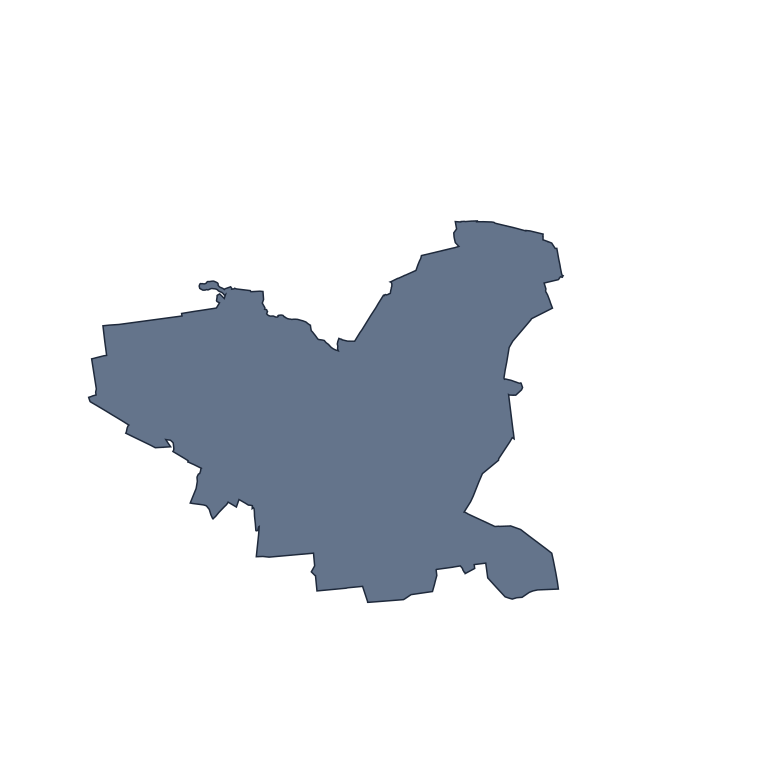 outline of Kalupes pag., Daugavpils, Latvia, rotated 126°
{"feature_id": "27541924B69291798191186", "entity_name": "Kalupes pag.", "entity_type": "district", "adm_level": 2, "iso_a3": "LVA", "parent_name": "Latvia", "parent_adm1": "Daugavpils", "projection": "albers", "projection_center": [26.542, 56.088], "detail": "fine", "context": "isolated", "style": "filled", "palette": "slate", "viewbox_px": 768, "rotation_deg": 126, "n_neighbors": 0, "source": "geoboundaries", "source_scale": "gbopen_adm2", "svg_char_len": 6039}
<svg xmlns="http://www.w3.org/2000/svg" viewBox="0 0 768 768"><g transform="rotate(126 384 384)"><path d="M568.4,615.1L570.5,612.2L570.9,611.5L571.0,611.1L570.7,608.0L569.9,599.6L568.7,585.4L567.9,576.3L567.2,566.3L567.9,566.5L570.4,566.0L574.4,564.2L575.6,564.0L570.7,536.7L570.0,531.6L565.0,525.5L565.0,525.4L564.8,525.3L560.2,519.7L558.6,524.3L557.2,527.9L555.0,523.7L555.4,520.5L555.6,519.9L559.9,515.9L560.0,516.0L561.1,515.3L562.7,515.1L561.5,501.9L561.2,497.4L562.1,497.0L562.4,496.7L562.2,496.5L561.5,492.9L561.0,490.7L559.9,484.2L559.5,482.3L559.5,482.2L560.2,482.3L562.4,481.2L564.8,480.5L566.0,481.2L568.7,480.7L569.6,480.3L572.5,477.8L578.9,474.6L587.4,472.5L594.2,470.8L593.1,468.5L589.6,462.1L588.0,459.1L587.1,456.7L587.1,456.1L587.0,455.9L588.2,451.6L591.6,447.1L593.7,443.4L593.6,443.0L591.9,442.8L590.2,442.4L585.0,442.1L577.1,441.0L574.3,440.5L572.6,440.5L571.2,440.7L570.3,431.1L562.7,433.4L561.9,426.0L561.7,422.6L560.6,420.8L559.8,419.0L562.3,417.4L560.8,416.9L561.4,415.7L563.4,413.9L567.0,411.1L572.5,406.1L577.8,401.6L577.9,401.2L577.6,400.8L576.7,400.0L573.3,401.4L573.0,401.4L572.6,401.2L580.1,396.6L598.8,385.8L594.7,380.6L591.6,375.2L562.3,341.6L571.9,333.2L578.7,332.4L579.5,327.2L579.3,326.8L590.8,316.6L571.8,295.0L571.2,294.4L570.3,293.7L560.5,282.6L560.3,282.4L569.8,269.2L570.2,268.9L569.4,267.8L562.7,259.9L547.0,241.5L545.4,240.8L538.5,238.3L523.4,222.8L516.6,225.3L513.7,226.5L507.9,228.7L503.7,232.6L503.2,232.6L492.0,220.9L490.3,219.3L486.3,215.3L487.1,212.2L487.4,211.7L488.0,211.1L488.6,209.6L489.1,208.7L488.9,208.0L489.7,206.9L479.9,202.2L477.1,204.9L469.1,196.4L479.9,186.1L482.5,173.6L485.0,160.9L483.6,156.5L482.6,153.8L478.9,151.0L475.4,146.9L467.2,144.0L463.9,141.9L460.3,138.7L447.4,122.4L442.0,127.6L436.0,133.8L427.1,143.4L422.3,148.8L422.1,154.5L421.8,171.5L421.7,177.8L421.5,184.8L421.4,187.9L424.4,198.2L425.3,199.2L431.4,207.0L431.6,207.4L431.7,207.7L431.9,207.9L434.1,210.5L439.8,239.8L439.8,240.6L440.2,243.4L440.2,243.6L440.4,243.9L428.7,244.7L427.4,244.9L422.3,245.9L407.5,249.7L398.7,251.7L378.4,246.5L377.0,247.3L376.8,247.3L356.8,248.2L352.0,248.7L351.9,246.5L347.0,251.0L346.4,251.7L319.3,277.0L319.2,276.2L319.1,275.9L316.8,272.4L316.6,272.4L315.9,271.2L315.5,270.8L307.9,269.3L305.4,269.8L302.7,273.7L302.8,274.0L303.9,275.0L306.4,283.6L307.5,286.1L308.5,288.6L309.4,289.3L308.6,290.5L301.6,294.1L294.3,297.5L280.9,304.2L273.7,305.0L246.0,302.9L246.0,303.0L244.4,303.0L223.6,292.3L220.6,296.9L219.2,298.8L215.8,304.0L214.6,306.5L214.6,306.8L213.7,308.0L211.9,308.9L208.2,313.8L197.1,304.3L195.8,304.2L195.2,304.4L194.7,304.2L193.8,304.3L193.4,304.2L193.1,303.8L193.1,303.0L193.1,302.7L192.9,302.5L192.6,302.5L191.6,302.7L191.1,302.7L191.3,304.0L190.1,305.5L186.3,309.6L184.4,311.5L180.3,316.0L172.7,323.9L173.7,325.2L171.4,331.2L172.4,335.0L172.6,335.0L172.6,335.7L173.8,339.9L173.9,340.1L171.2,342.0L171.3,342.2L169.2,343.4L174.3,355.8L176.4,359.5L176.8,359.3L180.6,369.3L188.0,387.1L188.6,388.7L188.6,390.1L189.7,392.2L194.3,399.0L198.2,404.3L197.3,404.5L200.9,409.1L204.9,413.8L205.3,414.8L205.7,415.2L207.3,417.2L207.8,417.1L210.7,421.8L215.9,416.4L220.7,416.4L223.8,413.8L225.2,412.3L227.7,409.4L228.7,404.3L232.0,406.8L234.4,408.9L258.1,429.2L260.2,428.3L261.6,427.9L263.2,427.7L267.7,426.6L273.3,424.9L283.3,430.6L284.2,431.3L285.3,431.8L289.7,434.3L290.5,435.0L296.6,438.2L297.7,438.9L297.6,438.4L297.6,437.8L297.9,437.2L298.5,436.4L300.4,435.1L302.0,434.6L302.6,434.1L303.2,434.0L304.8,433.3L306.4,432.5L306.9,432.2L307.4,432.4L308.3,433.1L308.7,433.2L308.8,433.1L309.4,433.5L309.6,433.8L310.1,434.1L310.6,434.5L310.7,435.3L311.0,435.6L311.8,435.9L312.0,436.1L312.3,435.8L312.5,436.1L312.6,436.6L322.6,435.9L327.3,435.4L336.0,435.0L353.1,433.7L356.3,433.7L366.6,432.9L368.3,435.2L370.7,438.6L372.5,443.0L372.9,443.7L372.7,444.3L372.8,444.8L373.3,445.9L373.4,446.3L373.6,447.3L376.6,446.4L379.1,445.3L380.2,444.0L380.7,443.5L382.6,442.4L383.1,441.9L384.0,440.5L384.3,441.7L384.8,442.6L385.1,444.2L385.4,445.9L385.4,448.4L384.6,452.3L384.6,455.2L383.9,457.9L384.7,459.8L386.5,463.2L386.5,463.6L386.3,464.6L385.1,468.2L384.7,469.7L383.9,472.5L383.6,474.2L381.7,476.2L379.7,478.1L379.8,478.3L379.9,481.3L379.7,483.2L379.9,484.4L380.2,485.3L380.6,486.9L381.0,487.8L382.5,491.9L383.5,493.5L384.9,495.4L386.0,496.6L386.6,498.0L387.1,498.8L387.8,500.4L387.9,501.1L388.2,503.2L388.2,503.3L388.0,503.6L388.0,503.8L388.3,504.4L388.3,504.7L388.0,505.2L387.9,505.9L387.9,506.2L388.7,507.8L389.8,509.0L390.6,509.8L391.1,509.9L391.3,509.4L392.0,509.4L392.6,509.8L393.3,510.6L393.6,511.4L394.0,513.3L394.2,513.7L395.8,515.7L396.0,516.1L396.2,516.8L396.4,517.2L396.5,519.0L396.3,519.4L396.2,520.2L393.8,520.9L393.8,521.4L393.2,522.0L393.0,522.4L392.9,522.9L393.6,524.1L393.7,524.5L393.2,524.6L392.3,525.2L390.1,530.0L386.4,531.1L380.3,536.3L381.9,539.0L387.3,545.6L387.6,546.2L387.0,547.0L393.9,559.4L394.3,561.1L395.1,561.2L396.4,562.5L396.5,562.6L396.4,562.6L395.5,565.2L400.6,568.7L401.4,568.7L401.4,570.0L401.4,570.7L402.1,573.7L402.1,574.2L402.0,574.9L401.7,576.1L400.6,577.0L400.3,577.4L400.1,578.1L400.2,579.3L400.8,582.0L401.1,582.6L402.1,583.8L403.7,585.4L404.3,586.3L404.9,587.0L405.9,587.2L406.9,587.1L407.7,587.5L408.3,587.9L408.7,588.3L409.3,589.3L409.6,590.0L410.1,590.5L410.6,591.5L411.1,591.7L412.7,591.4L413.6,590.9L415.0,589.2L414.8,588.4L414.9,587.7L414.7,587.0L414.6,585.9L414.4,585.5L413.6,584.5L413.3,584.0L412.1,583.2L411.8,582.8L411.6,582.2L411.1,581.5L408.5,580.0L407.8,579.2L407.3,578.2L406.2,576.4L405.8,575.0L405.7,574.4L405.8,573.4L406.0,573.0L405.9,571.7L405.3,569.2L405.3,568.2L405.4,567.2L405.7,566.4L405.9,565.3L405.6,565.0L404.8,564.8L408.7,563.5L407.7,569.9L410.1,571.0L410.6,571.0L411.2,570.6L411.5,570.3L415.0,568.5L415.3,568.0L415.4,567.2L415.0,564.8L420.9,564.3L421.5,564.7L433.4,576.7L436.0,579.4L445.9,589.2L447.7,587.4L491.7,633.5L497.7,640.7L502.1,645.6L513.6,635.0L523.9,625.2L525.8,627.2L535.5,635.3L557.1,613.8L560.1,612.5L562.1,610.5L564.7,612.6L566.5,613.7L568.4,615.1Z" fill="#64748b" stroke="#1e293b" stroke-width="1.5"/></g></svg>